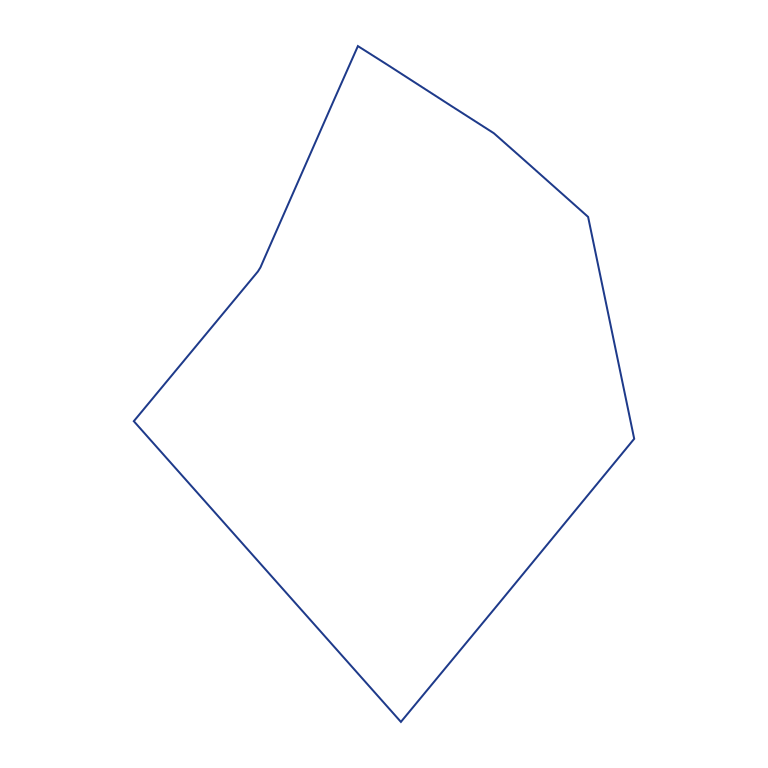 outline of Bastrop, Texas, United States of America
{"feature_id": "52423323B49733018646154", "entity_name": "Bastrop", "entity_type": "district", "adm_level": 2, "iso_a3": "USA", "parent_name": "United States of America", "parent_adm1": "Texas", "projection": "equal_earth", "projection_center": [-97.332, 30.103], "detail": "fine", "context": "isolated", "style": "outline", "palette": "blue", "viewbox_px": 768, "rotation_deg": 0, "n_neighbors": 0, "source": "geoboundaries", "source_scale": "gbopen_adm2", "svg_char_len": 316}
<svg xmlns="http://www.w3.org/2000/svg" viewBox="0 0 768 768"><path d="M357.9,46.1L333.5,101.1L264.4,258.3L260.5,267.3L260.4,267.5L257.9,271.5L133.8,421.2L400.9,721.9L498.3,604.1L634.2,438.8L588.1,216.9L526.5,162.1L493.8,133.2L452.1,106.5L386.0,63.9L357.9,46.1Z" fill="none" stroke="#1e3a8a" stroke-width="2"/></svg>